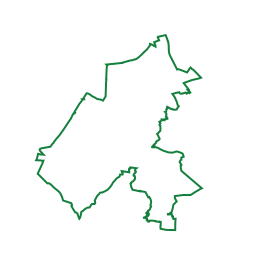 the district of Suceava, Suceava, Romania, rotated 191°
{"feature_id": "2599482B51087359831243", "entity_name": "Suceava", "entity_type": "district", "adm_level": 2, "iso_a3": "ROU", "parent_name": "Romania", "parent_adm1": "Suceava", "projection": "natural_earth1", "projection_center": [26.251, 47.664], "detail": "fine", "context": "isolated", "style": "outline", "palette": "green", "viewbox_px": 256, "rotation_deg": 191, "n_neighbors": 0, "source": "geoboundaries", "source_scale": "gbopen_adm2", "svg_char_len": 5490}
<svg xmlns="http://www.w3.org/2000/svg" viewBox="0 0 256 256"><g transform="rotate(191 128 128)"><path d="M105.3,220.8L105.4,220.7L107.0,223.6L108.8,226.4L116.0,223.2L116.2,222.8L114.2,220.0L118.7,217.2L116.7,213.9L116.5,213.1L120.9,214.5L122.4,214.7L122.1,213.5L124.3,208.9L127.9,203.9L127.9,203.6L131.4,199.0L132.8,197.5L134.2,196.6L134.7,196.6L136.1,195.6L138.9,194.6L146.1,191.0L146.0,190.8L161.2,186.2L160.2,185.6L160.6,185.1L160.1,180.9L159.5,177.1L159.2,175.3L158.8,171.8L158.5,171.8L158.3,169.2L156.0,154.6L157.8,150.1L160.1,150.7L163.8,150.6L166.4,151.6L169.4,152.4L171.4,153.5L173.9,154.2L174.9,154.3L175.3,154.1L177.5,148.5L176.9,148.2L177.2,147.8L177.8,148.1L178.2,147.6L177.9,147.5L178.3,147.4L178.0,147.2L179.4,144.1L180.2,142.8L183.3,134.3L183.5,133.7L182.8,133.0L183.3,132.1L184.0,132.3L184.8,130.4L185.8,126.5L190.8,114.6L193.9,107.8L196.4,103.5L197.4,101.4L198.0,100.2L198.4,99.0L199.4,97.6L200.5,94.9L208.9,91.6L210.3,90.8L210.6,89.8L210.1,89.0L209.0,87.9L208.6,87.8L205.8,85.7L207.3,85.6L208.6,85.3L211.3,85.5L211.6,80.0L212.0,78.9L207.5,79.5L206.2,79.4L204.8,79.8L205.2,77.1L207.9,65.9L196.6,58.3L196.2,58.3L195.2,58.7L193.6,58.1L192.7,57.7L189.7,55.6L183.6,52.3L181.8,50.8L181.3,50.1L179.4,47.5L178.0,44.6L177.4,44.4L169.3,43.4L168.2,41.6L168.7,40.8L168.1,39.9L164.0,35.3L163.7,35.1L163.1,35.2L162.5,35.0L161.4,34.5L158.7,29.8L158.5,29.6L158.0,30.8L157.7,32.9L157.8,36.8L156.6,37.8L155.4,39.5L153.2,41.7L152.1,42.3L150.8,42.5L150.5,42.7L150.0,43.9L149.8,45.0L148.9,46.4L147.9,46.8L146.6,46.9L146.2,47.2L145.9,48.5L146.4,49.3L146.5,49.9L146.8,50.4L146.0,53.3L145.2,55.6L144.6,56.6L144.1,57.1L143.1,59.1L141.9,59.6L141.0,59.8L140.5,60.0L139.7,60.8L138.9,61.2L138.2,61.9L137.0,62.7L135.6,64.4L134.1,66.8L133.7,68.0L133.2,68.8L132.3,71.6L130.2,75.0L130.2,75.3L128.9,77.1L127.4,78.3L127.1,78.8L126.9,79.2L127.0,80.3L126.9,80.8L124.5,81.3L124.4,81.7L124.5,82.5L125.4,83.4L126.0,84.5L118.3,84.7L118.4,85.3L119.0,86.9L119.2,88.0L119.1,88.3L118.3,88.5L118.4,89.0L117.8,89.1L117.9,89.8L112.1,90.1L112.8,89.4L113.0,88.9L113.1,88.0L112.9,87.5L112.7,87.6L112.4,87.0L111.9,86.6L111.9,86.4L112.4,85.2L113.0,84.6L113.2,83.8L113.5,83.5L113.5,82.6L113.4,82.3L112.4,82.2L112.1,82.0L111.6,80.4L111.5,78.7L112.1,78.2L112.6,76.8L113.7,76.1L114.0,75.5L114.4,75.2L114.5,75.0L114.3,74.6L114.9,74.0L114.5,73.3L114.5,72.9L114.1,72.1L113.4,70.4L112.6,69.6L111.9,68.3L104.1,68.1L104.0,68.6L103.1,68.4L98.9,68.5L98.6,68.4L94.8,63.7L94.6,63.7L94.2,64.2L94.0,64.3L93.7,63.9L92.7,63.0L91.7,61.3L91.2,60.0L91.2,58.5L91.1,58.0L91.1,57.2L91.3,56.4L90.4,55.5L90.3,55.2L90.8,54.3L90.9,53.3L90.8,52.9L91.1,52.3L91.1,52.0L91.6,51.5L91.8,51.1L92.6,50.6L92.6,50.3L92.3,49.7L92.9,49.3L93.7,48.3L93.8,47.8L93.5,47.6L92.5,47.5L91.8,48.1L91.4,48.1L91.3,47.9L91.7,47.8L91.4,47.1L91.8,46.9L91.3,46.5L91.6,46.2L91.6,45.8L92.5,45.7L92.2,45.0L92.6,44.8L92.6,44.5L93.5,44.2L93.9,44.3L94.2,43.7L96.0,42.7L93.3,43.2L93.0,43.0L92.7,43.0L92.4,42.7L92.1,42.6L92.2,42.0L91.8,41.9L91.6,41.7L91.9,41.2L91.4,41.0L91.2,40.5L90.9,40.2L90.7,40.2L90.5,40.4L90.2,40.4L90.4,40.1L90.1,39.9L89.3,40.2L89.2,40.4L89.6,40.9L89.5,41.0L87.2,41.6L83.3,42.0L83.2,41.6L81.7,41.7L79.5,41.7L79.4,42.1L78.0,42.1L77.7,41.0L77.4,38.9L77.5,37.5L77.1,36.7L76.8,35.3L70.8,35.3L62.2,36.8L63.5,44.1L64.0,48.0L66.1,47.4L66.5,47.9L66.9,49.7L67.7,49.5L68.6,51.7L72.2,50.7L72.4,51.2L71.0,51.6L70.7,52.2L69.9,53.1L69.2,53.2L68.8,57.0L68.8,61.4L66.2,65.2L68.6,68.0L69.0,70.1L61.3,72.7L59.5,73.1L57.9,73.3L53.7,74.2L49.8,78.0L45.5,81.8L44.0,82.9L67.4,96.1L68.6,98.9L69.1,101.3L68.5,102.0L69.3,102.7L69.5,103.2L70.6,104.1L70.8,104.5L70.6,105.4L70.4,106.2L70.0,106.9L69.5,107.1L69.8,108.7L70.0,109.0L69.4,109.6L67.9,110.4L68.6,111.9L69.3,113.0L70.0,113.5L72.0,113.9L75.4,114.3L77.0,113.7L78.7,112.7L80.4,112.1L84.0,111.8L89.2,112.5L92.2,113.3L94.3,114.1L95.7,114.4L97.7,114.3L100.5,113.7L100.7,113.8L100.7,114.2L100.4,114.4L100.4,114.8L100.0,115.5L99.8,115.6L99.3,115.3L98.7,115.5L98.6,115.9L98.8,116.1L99.3,116.3L99.4,116.6L97.9,118.4L97.7,118.8L97.8,119.4L97.5,119.8L97.6,120.2L96.7,121.2L95.9,121.7L95.0,122.8L95.0,123.8L96.2,125.1L96.5,125.6L98.3,127.8L97.5,128.6L96.4,130.5L95.8,131.3L95.9,131.8L95.8,132.5L96.7,136.3L97.7,137.0L97.4,137.5L97.4,138.0L97.1,138.5L97.5,138.8L97.6,139.3L98.4,140.0L97.8,140.6L97.2,140.7L96.7,141.6L96.3,141.9L96.7,142.4L96.7,142.8L95.7,142.5L95.1,142.5L95.4,142.8L95.1,143.1L94.8,143.2L94.6,143.0L94.0,143.0L93.2,143.7L93.2,143.9L93.1,144.0L92.7,143.9L92.6,143.7L92.0,144.3L91.6,144.6L91.3,144.6L91.4,144.9L91.2,145.1L91.5,145.7L93.0,146.3L93.0,146.7L92.8,146.9L92.7,147.3L92.9,147.8L92.9,149.1L94.4,150.6L94.0,150.6L93.9,150.8L93.7,151.5L93.7,152.3L93.9,153.1L93.5,154.0L93.4,154.2L93.6,154.5L93.3,154.7L93.5,155.1L93.6,156.3L93.2,156.4L92.7,155.9L92.3,155.9L92.0,155.7L91.2,155.6L90.1,155.0L88.1,155.0L88.1,154.8L86.5,154.7L85.1,155.0L84.3,155.2L83.7,155.6L83.3,156.7L83.2,157.5L82.3,159.0L83.6,160.0L85.2,163.1L88.0,167.1L90.9,169.9L87.0,171.9L85.8,172.4L85.6,172.3L84.5,172.9L83.6,171.9L82.9,171.8L81.9,171.9L81.3,172.3L81.0,172.2L78.2,173.8L77.2,172.9L75.9,173.7L75.3,174.3L75.7,174.6L75.1,175.1L74.5,174.6L74.2,174.1L73.6,174.6L74.2,175.3L74.3,175.3L74.9,175.8L75.0,175.7L75.8,176.5L75.6,176.8L75.9,177.0L76.7,176.7L77.1,177.1L76.2,177.8L81.4,182.2L81.9,182.8L74.1,187.4L67.6,190.3L65.9,191.3L74.9,197.6L76.3,198.0L78.1,199.3L79.1,197.5L80.6,193.8L85.4,194.7L88.6,195.2L90.9,195.3L91.1,195.0L100.3,206.8L101.3,208.2L102.5,211.0L103.8,216.8L104.7,219.6L105.3,220.8Z" fill="none" stroke="#15803d" stroke-width="2"/></g></svg>